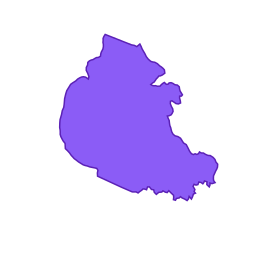 Piripá, Bahia, Brazil, rotated 151°
{"feature_id": "56859067B26394127127445", "entity_name": "Piripá", "entity_type": "district", "adm_level": 2, "iso_a3": "BRA", "parent_name": "Brazil", "parent_adm1": "Bahia", "projection": "equal_earth", "projection_center": [-41.743, -15.002], "detail": "fine", "context": "isolated", "style": "filled", "palette": "violet", "viewbox_px": 256, "rotation_deg": 151, "n_neighbors": 0, "source": "geoboundaries", "source_scale": "gbopen_adm2", "svg_char_len": 2770}
<svg xmlns="http://www.w3.org/2000/svg" viewBox="0 0 256 256"><g transform="rotate(151 128 128)"><path d="M67.1,52.9L67.6,55.6L67.2,58.3L67.8,61.0L69.4,64.0L71.4,65.3L73.0,67.4L74.2,69.6L76.0,70.6L77.1,72.4L78.7,71.4L80.6,71.5L81.8,72.9L83.7,73.1L85.0,74.8L85.4,77.7L85.2,81.6L85.1,85.2L86.7,88.0L87.0,93.6L88.5,96.3L90.7,98.4L91.6,100.8L91.6,103.4L91.1,105.5L90.5,107.5L90.2,109.9L89.4,112.1L88.3,114.7L88.2,116.7L87.8,119.4L86.1,118.8L83.9,118.6L82.3,119.4L80.5,120.7L79.6,123.1L79.6,125.8L79.2,128.8L77.9,130.8L76.4,130.5L75.0,127.8L74.2,126.1L72.3,124.6L69.9,124.4L69.1,126.3L68.4,129.1L67.4,130.8L65.7,130.0L64.3,130.6L64.4,132.9L64.5,135.1L64.0,137.1L63.2,139.2L64.0,141.6L66.0,143.1L67.2,145.4L68.4,146.8L70.2,147.5L71.9,146.9L73.3,147.6L74.1,150.2L75.5,150.2L77.8,149.8L79.7,149.1L82.1,150.3L83.4,151.7L84.8,152.3L86.1,153.4L87.0,155.0L84.7,155.5L82.9,155.5L80.8,156.5L79.3,157.3L77.7,157.7L75.9,158.5L74.4,157.9L72.3,157.7L69.2,158.1L68.0,161.2L68.4,163.1L69.2,165.2L70.2,167.1L71.1,170.0L72.7,172.5L74.4,173.8L75.8,175.3L76.9,178.4L77.4,181.5L77.2,185.0L77.3,188.2L77.3,190.7L77.0,192.7L76.9,195.7L80.8,194.9L82.4,197.2L84.6,199.0L89.3,204.7L102.6,220.9L104.8,219.7L106.4,218.4L107.2,216.8L108.4,215.0L109.0,213.1L110.1,211.1L111.6,209.3L113.2,208.2L114.6,207.3L116.0,205.9L117.3,204.1L119.7,204.1L121.5,204.9L123.5,204.9L125.4,204.8L127.3,205.3L129.3,205.4L131.3,204.9L132.8,202.7L135.1,201.2L136.6,198.6L136.7,195.5L137.3,191.9L139.0,190.1L140.4,193.0L142.2,194.5L143.9,195.1L146.0,195.3L148.3,195.2L150.9,194.5L154.4,194.3L157.0,194.0L158.9,192.9L160.7,191.9L163.5,190.3L165.9,188.0L169.2,184.4L172.4,179.6L174.2,177.2L177.1,175.0L179.6,172.0L183.4,168.2L185.3,165.3L187.5,161.6L188.4,159.0L189.3,157.2L190.4,155.3L190.9,153.0L191.0,150.9L191.0,148.1L190.5,145.0L191.8,142.4L192.8,140.3L191.9,137.5L191.2,134.5L190.9,131.5L190.4,129.6L189.9,127.3L189.0,125.4L187.7,122.3L186.2,119.6L185.1,117.6L183.8,116.1L181.9,114.4L180.4,112.6L178.3,110.8L176.3,109.1L174.9,107.8L174.8,105.6L176.6,103.5L178.0,100.6L162.6,79.6L155.3,70.1L154.0,69.3L151.9,68.2L150.7,66.3L148.7,66.7L146.3,66.9L144.4,67.4L143.0,66.5L141.7,65.0L139.5,67.0L137.8,66.1L137.3,62.9L135.5,61.5L136.2,59.0L135.4,56.2L132.3,56.8L129.5,55.6L127.9,56.1L126.5,53.8L125.0,52.5L122.7,53.4L121.7,49.9L120.8,47.1L121.6,45.3L123.0,43.3L121.5,41.8L119.8,42.9L117.1,42.0L115.4,42.5L114.6,40.6L112.9,38.4L111.5,35.9L109.6,36.6L107.7,38.5L107.0,35.1L105.1,36.4L102.8,38.5L100.6,38.3L101.0,40.3L99.3,41.8L99.4,45.4L97.5,46.7L96.2,45.1L94.3,44.6L92.2,46.4L90.5,44.9L89.6,42.9L88.2,43.5L86.8,44.6L85.0,42.6L86.5,40.3L85.5,37.1L83.9,38.4L83.0,40.1L81.5,38.6L78.3,38.0L78.6,40.5L77.8,42.4L76.4,44.7L74.1,46.4L72.0,48.0L70.5,48.9L68.7,50.4L67.1,52.9Z" fill="#8b5cf6" stroke="#5b21b6" stroke-width="1.5"/></g></svg>